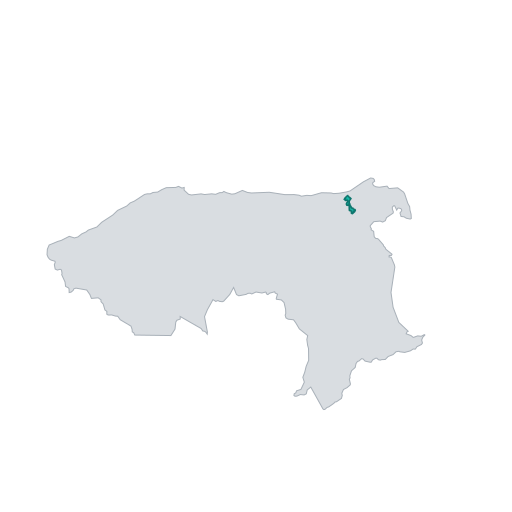 Ferreñafe, Lambayeque, Peru shown in context, rotated 118°
{"feature_id": "86281439B15952287038744", "entity_name": "Ferreñafe", "entity_type": "district", "adm_level": 2, "iso_a3": "PER", "parent_name": "Peru", "parent_adm1": "Lambayeque", "projection": "orthographic", "projection_center": [-79.498, -6.346], "detail": "fine", "context": "in_parent", "style": "filled", "palette": "teal", "viewbox_px": 512, "rotation_deg": 118, "n_neighbors": 0, "source": "geoboundaries", "source_scale": "gbopen_adm2", "svg_char_len": 7032}
<svg xmlns="http://www.w3.org/2000/svg" viewBox="0 0 512 512"><g transform="rotate(118 256 256)"><path d="M361.5,155.7L361.4,157.0L359.7,157.6L358.2,156.6L356.0,156.9L352.7,153.7L344.7,154.1L341.1,157.7L335.8,158.4L329.9,159.9L323.4,160.5L313.0,166.2L310.6,168.5L305.9,171.9L302.0,173.0L300.0,183.5L296.3,189.6L294.7,192.9L296.7,198.0L296.6,200.5L294.5,202.5L292.8,202.7L289.2,204.8L283.9,209.4L282.9,213.0L284.6,217.7L284.0,218.2L279.6,219.1L279.7,221.7L278.8,222.7L282.4,226.5L284.5,227.4L284.6,228.4L284.2,229.4L283.4,229.8L283.3,230.6L285.9,233.4L287.8,239.1L291.5,241.9L291.6,243.7L292.7,245.5L294.6,246.8L299.2,252.5L299.2,255.1L294.3,261.0L302.2,261.1L311.0,263.3L312.2,264.3L313.2,267.0L313.2,268.7L315.0,270.2L314.7,273.5L326.2,273.7L333.7,273.0L346.0,263.2L347.9,262.4L346.8,264.5L346.6,266.1L347.2,267.8L345.8,270.3L345.0,294.6L347.2,293.3L349.9,295.7L352.0,295.8L358.6,293.2L366.2,293.8L382.7,325.9L381.1,328.0L381.1,329.6L378.9,331.0L376.6,333.5L376.0,346.0L374.1,349.8L375.0,351.8L375.8,355.8L377.3,358.3L377.6,359.8L377.4,360.4L374.9,361.7L374.6,364.0L370.1,368.4L369.1,371.4L367.5,372.3L367.0,375.7L370.7,381.4L368.0,384.6L365.5,389.5L368.9,399.9L370.5,401.4L372.2,401.3L374.7,402.3L376.0,403.8L372.7,405.7L372.2,406.6L372.2,409.9L368.6,412.4L363.7,418.8L362.4,419.1L359.9,421.0L359.5,421.9L359.8,422.9L361.7,424.8L361.8,427.2L358.3,430.0L355.9,430.3L355.0,431.0L355.8,435.0L355.7,436.8L354.8,438.9L353.0,441.1L348.0,443.4L343.4,443.8L336.0,437.7L333.7,435.3L326.3,430.1L325.3,424.8L322.8,422.2L318.2,420.2L314.6,417.4L311.8,416.2L305.1,410.1L298.7,408.1L287.1,401.7L280.7,399.6L272.6,393.6L268.2,392.0L264.7,389.2L254.0,383.3L252.3,381.4L250.7,378.5L248.3,376.8L245.7,372.8L241.7,370.4L237.8,367.3L233.1,359.0L230.9,357.1L230.8,353.3L229.2,351.6L231.6,350.4L233.2,344.5L232.4,341.6L226.9,333.6L225.9,330.3L221.9,324.3L220.5,320.6L217.2,317.9L215.9,315.6L214.1,314.7L214.0,311.9L212.8,306.5L211.0,303.9L204.5,298.8L203.9,293.4L202.5,289.6L193.5,274.2L188.3,259.4L183.9,251.2L182.1,246.5L181.9,244.0L178.6,239.6L176.8,235.6L169.4,227.9L165.1,219.3L164.5,216.8L161.6,212.1L156.8,206.0L154.4,203.5L140.1,196.0L133.3,191.4L132.5,189.0L132.9,187.6L134.3,186.3L136.4,187.3L137.6,186.9L138.6,185.2L138.6,182.7L137.4,179.4L132.8,173.1L134.0,170.2L129.3,162.9L130.3,155.7L131.4,153.9L138.3,146.6L140.3,143.5L143.2,141.6L146.3,138.7L150.0,136.5L151.0,137.2L152.1,141.1L151.9,143.7L153.0,146.5L150.4,149.1L147.7,148.6L146.6,149.3L146.2,150.5L146.6,152.4L147.3,153.3L149.4,153.3L146.6,157.1L146.8,157.9L148.8,158.6L150.6,157.6L152.6,155.4L153.8,155.1L160.8,158.8L164.1,158.4L166.6,160.1L166.9,162.8L170.4,168.1L175.6,169.4L176.5,168.9L177.7,167.0L178.8,166.7L179.0,163.7L183.6,160.6L184.3,158.5L183.6,156.9L183.7,155.7L186.4,148.8L187.2,148.1L188.0,145.8L189.1,144.5L190.6,136.7L191.9,136.7L193.0,138.6L194.4,138.1L193.7,136.3L193.9,135.7L199.0,129.5L200.6,128.2L224.8,119.7L236.9,110.9L247.6,98.7L251.0,86.3L252.2,87.1L254.2,86.9L253.5,81.8L254.0,79.4L253.9,78.7L250.6,75.7L249.3,72.4L246.4,70.5L246.5,69.8L249.6,70.6L252.4,70.3L254.7,68.2L256.5,68.4L260.5,71.3L263.4,71.6L264.4,73.6L267.2,75.1L271.3,79.4L273.1,84.1L273.0,85.0L274.8,87.4L278.7,88.7L282.6,92.1L286.7,93.3L288.5,96.4L289.6,97.4L290.1,99.2L289.5,101.3L290.1,102.4L293.1,104.3L295.6,104.4L296.2,105.3L297.6,110.4L296.7,113.0L297.0,114.5L300.4,115.8L301.4,116.9L304.0,117.2L307.8,116.1L312.5,117.8L316.1,117.2L317.8,116.9L319.5,115.7L320.9,115.8L324.6,112.6L325.6,112.3L329.5,113.8L332.8,116.1L336.9,115.8L338.6,114.4L341.6,113.7L346.9,116.5L348.0,117.8L349.5,118.1L355.2,121.0L356.2,122.1L359.2,123.2L359.8,124.1L359.6,125.1L346.0,146.1L350.2,147.9L354.1,146.9L356.1,148.3L357.5,151.8L360.5,154.1L361.5,155.7Z" fill="#d9dde1" stroke="#a8b0b8" stroke-width="1"/><path d="M168.3,200.0L168.4,199.9L168.5,199.8L168.5,199.6L168.5,199.4L168.4,199.2L168.2,198.8L168.0,198.7L167.9,198.6L167.9,198.3L168.0,198.1L168.0,197.9L167.9,197.8L167.8,197.7L168.0,197.6L168.0,197.4L168.2,197.2L168.3,197.1L168.4,196.9L168.4,196.7L168.5,196.5L168.8,196.6L169.0,196.4L169.3,196.3L169.5,196.3L169.8,196.4L170.1,196.1L170.1,195.9L170.3,195.8L170.3,195.7L170.5,195.6L170.8,195.7L171.0,195.6L171.3,195.4L171.4,195.2L171.5,195.1L171.5,194.9L171.4,194.9L171.5,194.8L171.8,194.8L172.0,194.8L172.0,194.7L171.9,194.6L171.8,194.2L171.7,194.1L171.7,193.8L171.6,193.6L171.5,193.4L171.5,193.2L171.8,193.1L171.9,192.8L172.0,192.7L172.1,192.4L172.3,192.3L172.3,192.2L172.5,192.0L172.8,192.2L173.0,192.2L173.3,192.1L173.4,191.9L173.4,191.7L173.4,191.4L173.4,191.1L173.5,191.0L173.5,190.9L173.4,190.8L173.3,190.7L173.2,190.7L172.9,190.8L172.8,191.0L172.7,191.1L172.5,191.3L172.5,191.2L172.4,191.2L172.2,190.9L172.3,190.8L172.2,190.7L172.1,190.8L171.8,190.7L171.7,190.7L171.7,190.4L171.8,190.2L171.7,190.2L171.4,190.0L171.2,190.0L171.1,189.9L170.9,189.8L170.6,190.0L170.6,190.6L170.7,190.8L170.8,190.8L170.7,191.0L170.4,190.7L170.1,190.3L170.1,190.1L170.0,189.9L170.0,189.7L169.9,189.7L169.7,189.7L169.2,189.7L168.9,189.8L168.8,190.0L168.6,190.2L168.5,190.4L168.5,190.5L168.7,190.8L168.8,190.8L168.8,191.0L168.7,191.2L168.8,191.3L168.8,191.5L168.8,191.8L168.7,192.0L168.6,192.5L168.5,192.8L168.4,192.9L168.3,193.0L168.6,193.3L168.8,193.4L168.9,193.6L168.8,193.8L168.7,193.9L168.5,194.3L168.3,194.4L168.2,194.5L168.1,194.8L168.2,195.0L167.8,195.3L167.6,195.5L167.4,195.9L167.4,196.0L167.3,196.4L167.3,196.6L167.2,196.8L166.9,196.9L166.8,197.0L166.7,197.1L166.6,197.3L166.5,197.2L166.3,197.3L166.2,197.3L166.0,197.5L166.2,197.8L166.2,198.0L166.3,198.1L166.3,198.4L166.2,198.4L165.9,198.5L165.6,198.6L165.4,198.6L165.2,198.6L165.0,198.8L164.9,198.8L164.7,198.9L164.5,199.0L164.4,199.1L164.1,199.2L163.9,199.5L163.6,199.5L163.4,199.5L163.2,199.5L163.1,199.4L162.9,199.4L162.6,199.4L162.4,199.3L162.2,199.3L161.9,199.2L161.7,199.2L161.4,199.2L161.3,199.3L161.2,199.3L161.0,199.2L160.9,199.1L160.7,199.1L160.6,199.4L160.6,199.5L160.8,199.8L161.0,199.9L160.9,199.9L160.8,200.1L160.7,200.1L160.4,200.2L160.3,200.4L160.3,200.5L160.3,200.8L160.2,200.9L160.3,200.8L160.5,200.9L160.4,201.1L160.3,201.3L160.2,201.5L160.2,202.0L159.9,202.3L159.9,202.6L159.8,202.9L159.8,203.1L159.8,203.3L159.7,203.4L159.9,203.5L160.1,203.7L160.3,203.7L160.6,203.8L160.8,204.0L161.0,204.1L161.3,204.2L161.5,204.2L161.8,204.2L162.0,204.3L162.3,204.3L162.4,204.2L162.5,204.2L162.8,204.1L162.8,204.3L163.0,204.3L163.2,204.6L163.4,204.7L163.4,204.8L163.5,204.8L163.6,204.7L163.8,204.5L163.9,204.4L164.0,204.4L164.4,204.6L164.4,204.4L164.3,204.2L164.4,203.8L164.4,203.7L164.5,203.6L164.7,203.4L164.8,203.3L165.0,203.3L165.0,203.2L164.9,202.9L164.8,202.7L164.7,202.5L164.6,202.4L164.5,202.5L164.4,202.5L164.4,202.4L164.3,202.1L164.2,202.1L164.0,201.9L164.0,201.7L163.9,201.6L164.0,201.5L164.0,201.4L164.1,201.2L164.2,200.9L164.4,200.7L164.5,200.6L164.8,200.6L165.2,200.6L165.3,200.5L165.6,200.5L165.8,200.6L166.0,200.7L166.1,200.8L166.4,200.8L166.5,200.8L166.7,200.7L167.0,200.8L167.1,200.7L167.4,200.6L167.6,200.6L167.7,200.3L167.8,200.3L167.8,200.2L168.0,200.2L168.3,200.0Z" fill="#14b8a6" stroke="#0f766e" stroke-width="1.5"/></g></svg>